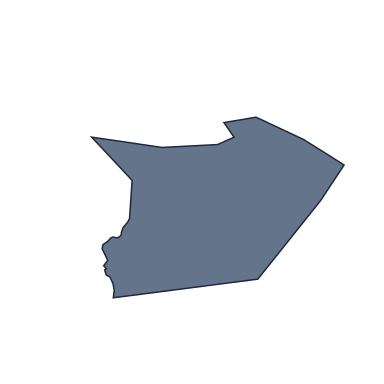 Ravine Poisson, Castries, Saint Lucia, rotated 137°
{"feature_id": "8701671B90050195307789", "entity_name": "Ravine Poisson", "entity_type": "district", "adm_level": 2, "iso_a3": "LCA", "parent_name": "Saint Lucia", "parent_adm1": "Castries", "projection": "mercator", "projection_center": [-60.965, 13.93], "detail": "fine", "context": "isolated", "style": "filled", "palette": "slate", "viewbox_px": 384, "rotation_deg": 137, "n_neighbors": 0, "source": "geoboundaries", "source_scale": "gbopen_adm2", "svg_char_len": 728}
<svg xmlns="http://www.w3.org/2000/svg" viewBox="0 0 384 384"><g transform="rotate(137 192 192)"><path d="M321.7,168.3L203.3,83.4L202.5,83.5L103.9,98.0L62.4,108.0L65.5,120.2L74.7,154.6L94.2,203.1L121.3,221.0L123.9,203.4L141.0,209.3L183.5,245.0L228.0,300.6L227.9,273.4L227.9,270.5L227.9,241.3L255.8,215.2L259.8,213.8L263.7,213.4L266.2,213.1L266.4,213.1L271.3,210.5L272.3,209.6L273.0,208.9L276.0,208.7L278.5,210.0L280.1,212.4L280.4,212.9L280.9,213.1L282.9,213.8L286.7,213.4L293.0,214.2L294.8,213.0L296.5,211.7L296.7,210.9L299.9,200.5L300.1,199.7L303.1,199.0L306.9,198.3L306.9,194.5L309.1,194.5L311.4,189.9L310.0,185.7L312.3,178.8L313.1,177.6L315.9,173.2L321.7,168.3Z" fill="#64748b" stroke="#1e293b" stroke-width="1.5"/></g></svg>